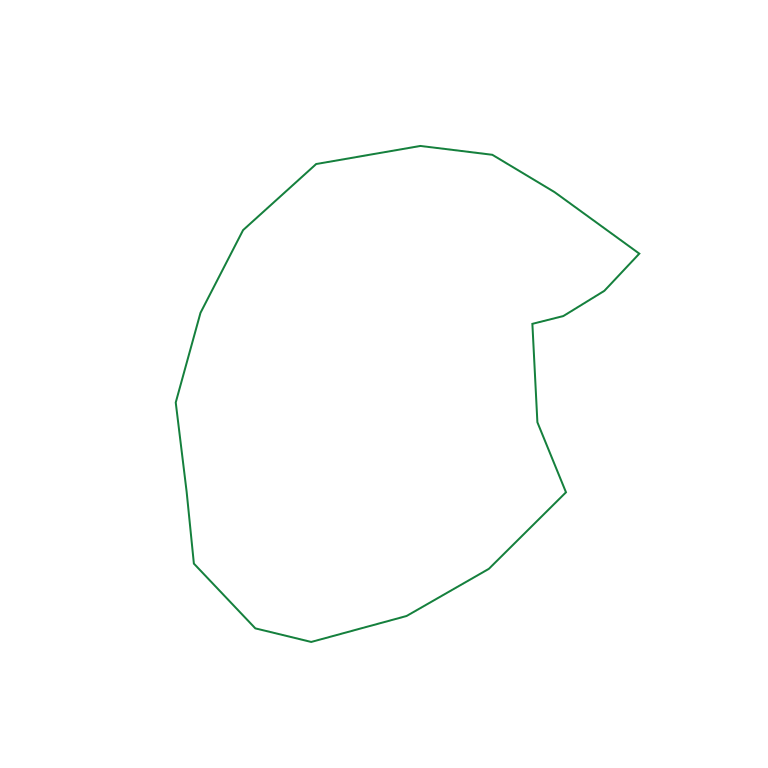 Ville de N'Djamena, Natural Earth projection, rotated 222°
{"feature_id": "TCD-4857", "entity_name": "Ville de N'Djamena", "entity_type": "Capital", "adm_level": 1, "iso_a3": "TCD", "parent_name": "Chad", "parent_adm1": "", "projection": "natural_earth1", "projection_center": [15.064, 12.118], "detail": "fine", "context": "isolated", "style": "outline", "palette": "green", "viewbox_px": 768, "rotation_deg": 222, "n_neighbors": 0, "source": "natural_earth", "source_scale": "10m", "svg_char_len": 406}
<svg xmlns="http://www.w3.org/2000/svg" viewBox="0 0 768 768"><g transform="rotate(222 384 384)"><path d="M281.5,651.7L282.6,600.7L296.2,554.5L314.0,528.0L244.4,458.2L176.3,425.3L182.4,316.8L212.0,226.7L265.5,143.6L316.1,116.3L405.1,123.3L458.5,171.8L526.4,230.9L568.0,314.1L591.7,404.1L581.6,502.1L516.3,585.2L456.9,626.8L385.7,640.7L281.5,651.7Z" fill="none" stroke="#15803d" stroke-width="2"/></g></svg>